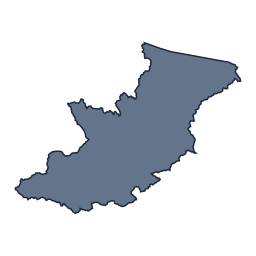 the district of Jauja, Junín, Peru
{"feature_id": "86281439B89843532498987", "entity_name": "Jauja", "entity_type": "district", "adm_level": 2, "iso_a3": "PER", "parent_name": "Peru", "parent_adm1": "Junín", "projection": "orthographic", "projection_center": [-75.508, -11.659], "detail": "fine", "context": "isolated", "style": "filled", "palette": "slate", "viewbox_px": 256, "rotation_deg": 0, "n_neighbors": 0, "source": "geoboundaries", "source_scale": "gbopen_adm2", "svg_char_len": 5818}
<svg xmlns="http://www.w3.org/2000/svg" viewBox="0 0 256 256"><path d="M144.3,42.7L144.5,44.3L143.9,44.5L142.9,44.3L141.7,45.5L142.5,47.0L142.5,47.9L143.3,48.4L143.6,49.0L143.5,50.4L143.1,51.0L142.5,51.3L142.4,52.0L143.8,52.6L144.5,53.4L144.4,56.2L145.0,58.4L146.5,57.9L147.5,58.2L149.2,58.8L150.6,60.2L151.1,61.4L150.8,61.8L150.9,62.4L150.6,63.3L150.8,64.0L150.7,65.1L150.4,66.1L149.5,66.9L149.8,68.5L149.5,69.1L149.5,70.2L148.7,70.6L148.1,71.5L146.6,71.0L145.3,71.0L144.9,71.9L143.5,72.8L143.7,73.5L143.3,74.4L142.1,74.5L141.0,75.2L140.6,76.0L140.4,78.0L138.7,79.0L138.5,79.9L139.0,81.0L138.7,82.6L139.5,84.2L134.9,91.1L135.5,92.6L136.5,93.3L136.1,95.2L136.7,96.8L136.2,97.3L136.0,98.8L134.9,99.0L134.5,98.1L133.6,98.0L133.3,97.4L132.1,97.8L132.0,96.9L131.0,96.1L130.5,96.7L129.2,96.9L128.3,97.7L128.0,96.7L125.6,93.7L124.4,92.8L123.9,92.8L123.6,93.4L122.9,93.5L122.2,94.3L122.0,95.3L120.8,94.9L119.8,97.1L120.0,98.1L120.7,99.7L120.2,99.8L119.2,100.6L118.0,100.6L116.9,101.1L116.2,102.6L115.4,103.2L116.4,105.1L116.1,105.7L116.2,106.0L117.9,108.0L118.5,109.3L119.1,109.7L120.3,112.8L120.4,115.1L119.4,115.7L118.9,115.5L118.6,114.2L117.3,113.9L115.7,111.9L114.8,111.5L113.8,113.2L113.9,114.5L113.5,114.5L112.0,112.1L111.4,111.9L110.5,110.9L109.9,110.6L109.6,110.7L109.0,111.9L108.2,112.1L107.0,111.7L105.5,112.9L104.3,113.1L103.1,112.0L102.6,108.6L101.5,107.8L100.5,107.9L99.5,109.1L93.3,108.4L92.3,108.1L91.3,107.0L91.1,106.2L90.6,106.1L88.6,106.3L86.8,108.5L86.5,108.2L86.2,106.7L85.4,105.6L85.1,103.6L84.0,103.0L83.3,101.7L83.3,99.9L81.6,99.0L80.8,99.3L80.2,101.1L79.5,102.3L78.6,103.2L76.3,103.0L74.2,102.0L72.3,102.8L70.7,103.1L69.4,103.8L68.1,103.3L67.7,103.7L69.1,106.2L70.7,106.8L70.9,107.1L71.9,112.9L73.0,113.5L73.2,115.1L74.2,116.4L74.5,117.3L75.2,118.0L75.4,119.2L75.2,120.1L76.9,121.5L76.9,122.4L77.4,122.9L77.2,124.0L79.9,125.2L82.3,128.2L84.8,132.0L85.4,133.8L85.7,136.9L86.4,137.7L88.6,139.1L88.8,139.6L86.9,141.3L86.1,141.6L85.1,143.3L83.9,143.9L81.7,146.7L80.2,147.3L78.6,151.0L77.2,153.0L75.0,152.6L74.0,153.2L72.4,153.0L71.7,153.5L70.6,154.8L68.8,155.9L65.2,155.9L64.5,155.6L64.1,154.8L63.5,154.6L62.6,152.8L61.4,151.6L60.8,151.4L56.6,151.2L52.7,151.7L50.9,152.8L48.7,154.6L48.5,156.0L48.9,157.6L47.6,158.8L48.0,161.1L46.9,163.2L47.0,164.3L48.2,167.7L47.3,169.9L46.3,171.0L46.2,172.1L46.9,172.6L46.2,173.6L44.8,173.7L42.9,174.4L40.3,173.7L39.8,172.9L35.6,173.1L35.2,174.4L32.7,175.2L31.8,175.9L30.9,177.6L28.6,178.6L27.8,179.3L24.6,179.3L23.8,180.2L23.3,180.3L22.4,179.6L22.2,179.1L21.4,178.9L20.2,181.2L20.9,182.1L19.1,186.1L18.8,186.4L18.3,186.3L17.9,187.1L15.6,187.7L15.4,188.7L15.5,189.7L16.7,190.1L17.9,191.4L18.4,192.8L22.4,195.6L23.5,197.4L26.3,197.5L27.7,198.4L27.9,199.6L28.7,199.1L29.1,198.5L30.4,198.2L31.6,197.3L32.6,197.4L33.9,198.3L34.7,198.1L35.0,197.5L36.0,197.8L36.7,198.2L37.2,199.5L38.8,198.9L41.5,197.4L42.3,197.3L44.8,198.1L45.8,200.0L46.4,200.3L47.0,200.2L47.2,199.6L48.0,199.2L50.6,199.3L52.3,200.7L53.9,200.8L56.7,202.3L58.3,202.5L59.3,202.0L61.2,205.9L62.2,205.9L63.0,205.0L63.1,204.0L64.2,203.6L65.1,205.1L67.6,207.1L68.2,208.0L71.3,209.2L71.4,210.0L72.0,210.2L73.0,211.7L75.3,213.3L76.2,212.7L78.3,212.3L78.9,211.4L80.1,210.5L80.2,208.4L82.7,209.7L84.5,209.8L85.5,210.5L87.1,210.3L88.0,210.8L89.0,210.8L90.5,209.4L92.5,208.3L91.5,203.5L91.8,203.3L92.5,203.5L94.2,202.4L98.0,202.5L98.6,202.7L99.8,204.0L100.8,204.6L105.1,205.4L107.2,204.1L107.2,203.0L107.8,202.2L112.3,200.7L114.0,201.1L114.6,202.0L114.5,202.8L115.0,203.5L116.0,203.9L117.5,204.1L119.2,205.4L119.8,205.4L121.5,206.4L123.4,206.4L125.8,205.3L128.9,202.7L129.5,202.9L129.9,202.6L130.3,202.8L132.8,202.2L134.9,199.9L136.2,199.8L136.5,198.9L137.0,198.5L136.5,198.7L135.7,198.5L135.6,197.3L134.7,196.9L132.5,194.6L131.0,193.8L130.8,193.5L131.2,192.7L131.4,191.5L133.6,189.3L134.6,187.2L136.4,186.6L138.5,187.0L140.5,190.6L140.6,191.8L144.4,191.1L145.0,190.7L145.3,189.4L146.4,188.8L147.7,188.6L148.3,188.1L148.8,186.7L149.8,186.8L149.9,184.6L151.4,184.1L152.9,184.9L154.5,183.3L156.4,182.5L156.8,181.7L158.5,180.9L159.1,180.8L160.2,179.4L159.0,178.1L157.9,178.6L157.2,177.7L155.9,177.1L155.3,176.3L153.8,175.6L153.3,175.7L152.9,175.0L151.3,173.8L152.7,173.5L156.4,171.6L158.0,172.7L159.7,171.7L163.9,170.5L164.5,170.1L165.3,170.5L166.1,170.5L168.2,169.5L169.8,170.5L170.1,170.0L169.7,168.8L171.0,166.2L171.2,164.6L172.1,163.9L174.5,162.9L176.5,161.4L177.9,160.8L179.4,160.7L178.7,157.8L179.8,156.9L180.1,156.0L181.1,155.4L181.6,155.1L182.3,155.5L185.3,154.0L186.0,152.5L185.6,151.5L186.4,150.8L187.1,150.5L187.9,150.8L188.7,150.4L189.4,150.5L189.7,151.1L190.4,151.2L191.7,152.1L192.7,151.9L194.2,153.1L195.9,153.0L194.3,151.7L193.7,150.4L193.5,148.5L192.9,147.3L193.3,146.4L193.8,143.5L194.4,142.3L194.5,141.0L195.0,140.6L194.9,138.7L193.2,136.4L193.1,135.7L192.6,135.1L190.9,134.5L190.2,132.9L190.2,131.5L188.9,130.7L188.7,129.9L188.1,129.0L188.5,128.1L190.7,126.3L189.6,123.4L189.8,122.3L190.8,120.8L193.4,121.2L194.3,120.9L193.6,118.9L193.6,116.9L192.7,115.3L194.7,113.6L195.5,113.5L195.8,113.1L196.2,111.8L195.7,110.9L195.8,110.1L196.4,109.6L197.9,109.3L198.3,108.5L198.8,108.1L199.0,106.0L199.6,105.0L200.7,104.3L201.0,103.8L201.0,101.6L202.0,101.3L203.1,100.7L203.3,100.3L204.8,99.7L207.4,99.3L208.4,97.2L209.2,96.8L210.9,96.7L212.4,95.4L213.0,95.4L213.6,94.8L214.1,93.7L216.7,93.6L218.2,92.4L219.7,92.7L222.0,91.4L222.8,90.2L222.6,89.1L223.4,88.0L224.0,87.9L225.4,88.8L227.5,88.5L227.7,87.7L227.5,86.1L228.1,84.7L230.2,84.2L230.4,83.6L231.2,83.0L232.4,82.8L232.9,81.4L233.3,80.8L234.1,80.5L234.3,79.6L234.9,78.6L236.4,79.5L238.0,81.4L240.6,81.1L240.3,79.1L239.3,77.5L238.2,76.6L237.9,75.4L237.1,74.9L236.4,73.5L235.3,72.4L235.6,69.9L235.9,69.5L236.5,69.5L237.6,67.6L235.6,66.1L234.9,64.6L233.1,64.3L229.1,62.3L171.0,51.7L160.2,48.4L144.3,42.7Z" fill="#64748b" stroke="#1e293b" stroke-width="1.5"/></svg>